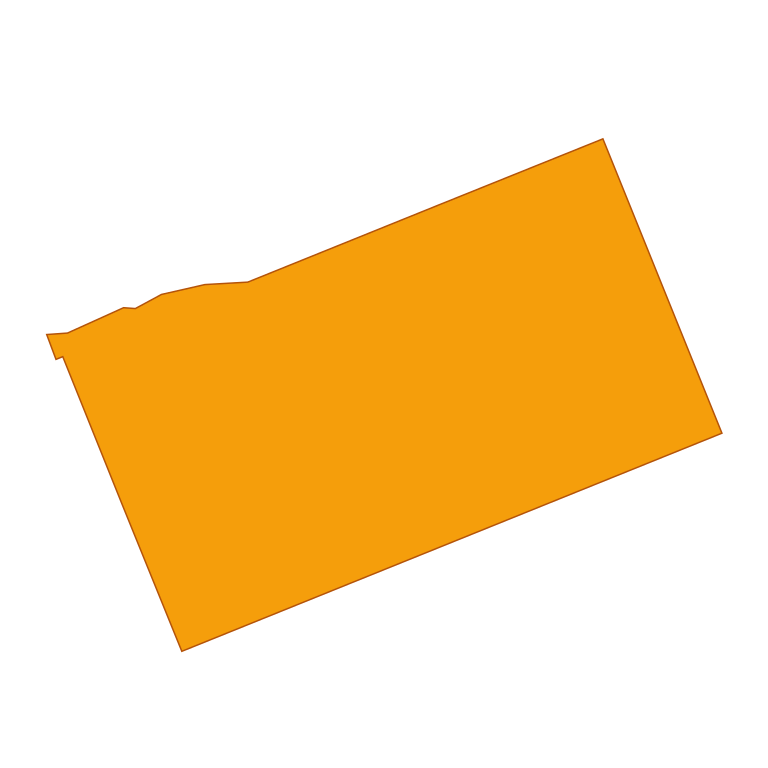 Dawson, Nebraska, United States of America, rotated 158°
{"feature_id": "52423323B42382477020436", "entity_name": "Dawson", "entity_type": "district", "adm_level": 2, "iso_a3": "USA", "parent_name": "United States of America", "parent_adm1": "Nebraska", "projection": "natural_earth1", "projection_center": [-99.68, 40.859], "detail": "fine", "context": "isolated", "style": "filled", "palette": "amber", "viewbox_px": 768, "rotation_deg": 158, "n_neighbors": 0, "source": "geoboundaries", "source_scale": "gbopen_adm2", "svg_char_len": 348}
<svg xmlns="http://www.w3.org/2000/svg" viewBox="0 0 768 768"><g transform="rotate(158 384 384)"><path d="M89.2,529.3L265.7,529.5L472.2,529.5L512.9,543.3L556.8,550.4L586.3,547.1L596.9,552.3L658.4,549.8L678.2,556.2L678.9,529.7L671.6,529.7L671.9,371.3L671.6,211.9L89.1,211.8L89.2,529.3Z" fill="#f59e0b" stroke="#b45309" stroke-width="1.5"/></g></svg>